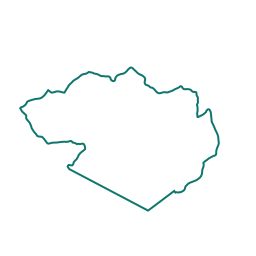 Liure, El Paraíso, Honduras (orthographic projection), rotated 231°
{"feature_id": "27666195B78599057689965", "entity_name": "Liure", "entity_type": "district", "adm_level": 2, "iso_a3": "HND", "parent_name": "Honduras", "parent_adm1": "El Paraíso", "projection": "orthographic", "projection_center": [-87.049, 13.55], "detail": "fine", "context": "isolated", "style": "outline", "palette": "teal", "viewbox_px": 256, "rotation_deg": 231, "n_neighbors": 0, "source": "geoboundaries", "source_scale": "gbopen_adm2", "svg_char_len": 5839}
<svg xmlns="http://www.w3.org/2000/svg" viewBox="0 0 256 256"><g transform="rotate(231 128 128)"><path d="M179.7,145.7L180.1,145.5L180.5,145.2L180.9,144.7L182.1,143.1L183.3,142.0L183.9,141.4L184.7,140.4L185.5,139.7L186.0,139.4L187.1,139.0L188.3,138.5L189.4,137.8L190.3,137.2L190.9,136.6L191.4,136.1L192.0,135.8L193.0,135.4L193.6,135.0L195.2,133.6L196.0,133.0L196.2,132.8L196.3,131.0L196.4,130.5L196.5,129.9L196.9,129.1L197.5,128.1L197.9,127.2L198.3,126.1L198.5,125.4L198.5,124.8L198.5,124.0L198.4,122.3L198.4,121.0L199.1,115.4L198.7,112.6L198.6,110.6L198.4,109.2L198.3,108.6L198.1,108.1L197.5,106.7L197.1,105.2L196.9,104.6L196.1,102.5L195.6,101.3L195.5,101.1L195.5,100.9L195.7,100.6L196.2,100.1L199.5,97.7L200.5,96.6L201.1,95.9L201.4,95.5L201.6,95.1L202.1,93.7L202.8,92.1L203.3,91.3L203.6,90.9L203.9,90.7L205.4,90.3L207.6,89.8L207.3,88.6L206.4,85.2L206.0,83.4L205.9,81.9L205.9,81.1L205.9,80.3L206.0,79.7L206.2,79.0L206.4,78.2L206.7,77.6L207.1,77.0L208.7,74.5L209.3,73.3L210.7,70.0L211.0,69.3L211.1,68.7L211.4,68.3L211.8,66.6L211.8,66.1L211.6,65.7L211.2,64.9L211.0,64.2L210.7,63.5L210.6,62.9L210.6,60.8L210.6,60.2L210.8,59.7L211.1,58.5L211.4,57.7L211.2,56.7L209.2,56.4L207.8,56.1L207.4,56.1L205.9,56.3L202.7,56.8L202.2,56.8L201.8,56.7L201.6,56.6L200.0,55.3L199.6,55.0L199.3,54.9L197.6,54.8L195.5,54.9L194.4,54.9L192.8,54.6L191.4,54.2L190.4,53.9L188.9,53.2L188.2,53.0L184.5,52.6L182.7,52.6L180.5,52.7L179.4,52.5L179.0,52.5L178.7,52.6L178.4,52.7L178.0,53.0L177.5,53.4L175.5,55.4L175.4,55.5L175.2,55.6L173.8,55.8L171.8,55.9L170.6,55.8L168.6,55.7L167.6,55.7L167.0,55.7L166.6,55.9L166.3,56.0L166.1,56.2L165.8,56.5L165.1,57.9L164.4,59.5L164.2,59.9L162.8,61.8L161.2,64.0L159.4,67.0L158.0,69.1L157.4,69.9L156.4,70.9L155.9,71.5L154.8,73.5L154.1,75.0L153.8,75.5L153.6,75.6L153.4,75.7L152.8,75.9L152.5,75.9L152.0,75.8L151.6,75.8L151.3,76.1L150.8,76.6L150.3,76.9L148.8,77.7L147.6,78.2L147.4,78.4L147.2,79.0L146.9,79.5L146.5,79.9L145.8,80.4L145.6,80.7L145.4,81.0L145.0,82.0L144.6,82.5L144.3,82.9L144.1,83.2L143.8,83.3L143.6,83.4L143.1,83.4L142.6,83.4L142.0,83.3L141.4,83.1L140.8,82.8L140.0,82.4L139.4,82.0L138.7,81.5L138.6,81.2L138.5,80.7L138.5,79.2L138.6,76.2L138.5,75.5L138.5,74.9L138.1,73.5L138.0,72.6L137.9,72.2L137.4,71.6L137.1,70.9L136.6,69.8L136.2,68.8L136.1,68.2L136.0,66.7L135.8,65.6L135.7,64.8L135.6,64.3L135.4,64.0L134.9,63.5L134.6,63.0L134.2,62.3L134.1,61.7L134.1,61.4L134.1,61.1L134.3,60.9L134.6,60.5L135.2,59.8L136.0,59.3L136.3,59.0L136.5,58.7L136.5,58.3L136.5,58.0L136.5,57.7L136.4,57.4L136.2,57.1L135.9,56.9L135.4,56.7L133.0,56.5L51.2,91.6L50.0,124.3L48.1,124.2L48.1,124.5L47.9,124.8L47.2,125.6L46.4,126.4L46.0,126.8L45.6,127.6L45.2,128.3L44.9,128.8L44.8,129.3L44.6,130.0L44.5,130.7L44.4,131.6L44.4,132.2L44.5,132.8L44.7,133.4L45.0,134.0L45.3,134.4L46.0,135.2L46.2,135.7L46.4,136.2L46.5,136.6L46.6,138.1L46.8,139.4L46.8,140.0L46.7,140.6L46.5,141.7L44.8,146.9L44.5,148.0L44.3,149.2L44.2,150.9L44.2,152.2L44.3,153.2L44.5,154.0L44.8,154.7L45.4,155.9L46.0,156.8L46.5,157.3L47.4,158.2L47.8,158.6L48.3,158.9L48.5,159.1L49.1,160.0L50.2,162.0L50.9,162.8L51.5,163.4L52.0,163.8L52.4,164.1L52.9,164.3L53.2,164.4L53.4,164.7L53.6,165.0L53.6,165.6L53.7,166.4L53.5,169.2L53.5,171.7L53.3,172.9L52.6,176.4L52.3,177.4L52.0,178.0L51.9,178.4L51.9,178.8L51.9,179.1L51.9,179.4L52.0,179.7L52.3,180.0L52.6,180.4L54.6,182.2L55.0,182.6L56.2,184.4L58.3,188.1L58.7,188.6L59.0,188.9L59.3,189.2L60.1,189.7L62.4,191.2L63.8,192.2L64.7,192.7L65.6,193.1L66.9,193.6L68.5,194.0L69.9,194.4L71.7,194.7L72.2,194.8L73.1,195.2L73.8,195.4L75.9,196.0L79.0,196.7L80.2,197.0L80.5,197.2L81.1,197.6L85.6,200.6L87.5,201.8L88.5,202.3L89.4,202.6L90.4,202.8L90.9,202.8L91.4,202.7L91.8,202.4L92.1,202.1L92.2,201.7L92.2,201.0L92.1,200.1L91.9,199.6L91.5,198.9L91.3,198.4L91.2,196.7L91.2,195.0L91.3,194.1L92.3,189.8L92.4,189.4L92.6,189.1L92.9,189.0L93.1,189.1L93.7,189.5L95.5,190.7L96.1,191.3L96.7,191.8L97.0,192.2L97.5,192.9L98.7,193.8L100.1,194.9L100.5,195.2L101.2,195.5L102.0,195.9L102.7,196.2L102.8,196.4L103.0,196.9L103.4,197.7L103.6,198.2L103.9,198.5L104.4,198.9L105.2,199.4L106.1,200.1L106.8,200.7L107.5,201.4L107.8,201.5L108.8,201.6L110.1,201.9L111.2,202.5L112.0,203.1L112.4,203.3L112.7,203.5L113.0,203.4L113.6,203.0L114.3,202.4L114.4,202.0L114.7,201.7L115.1,201.4L115.5,201.1L115.9,201.0L116.2,200.9L117.3,200.9L118.3,200.7L118.6,200.6L119.0,200.3L119.8,199.7L120.7,198.8L121.1,198.4L121.6,197.6L122.2,196.8L122.7,196.2L123.0,195.9L123.7,195.7L124.9,195.6L125.4,195.7L126.1,195.8L126.5,195.8L126.9,195.6L127.2,195.4L127.4,195.0L127.5,194.6L127.5,194.2L127.4,193.6L127.5,193.2L127.8,191.8L128.7,188.3L128.9,186.9L129.1,185.8L129.3,185.1L130.0,183.4L130.6,181.5L130.9,181.0L131.6,180.1L132.1,179.6L132.7,179.1L133.0,178.8L133.9,177.1L134.5,175.6L134.9,174.7L135.2,174.4L135.5,174.0L136.1,173.6L136.8,173.2L138.0,172.9L139.3,172.8L141.6,172.8L142.4,172.6L143.6,172.4L143.9,172.3L144.1,172.1L144.9,171.4L145.3,171.1L146.0,170.9L146.9,170.8L147.4,170.7L148.9,170.0L150.2,169.2L150.5,169.1L150.8,169.0L151.3,169.0L151.9,169.1L152.4,169.3L152.8,169.5L153.1,169.8L153.4,170.0L153.6,170.3L154.0,170.8L154.3,171.2L154.7,171.7L155.2,172.0L155.7,172.4L156.1,172.5L156.5,172.6L157.1,172.6L157.7,172.6L158.3,172.5L160.1,172.0L160.9,171.6L161.9,171.1L162.3,170.8L163.4,170.4L164.1,170.2L164.7,170.1L171.6,169.2L172.3,169.0L172.8,168.7L173.1,168.4L173.3,167.9L173.5,167.4L173.5,166.7L173.4,164.6L173.2,163.9L173.0,162.8L172.9,162.1L172.9,160.6L173.0,159.6L173.2,158.8L173.4,158.1L173.7,157.6L174.3,156.6L174.6,155.9L175.3,153.8L175.4,153.2L175.5,152.8L175.4,151.6L175.2,150.8L175.1,150.4L174.9,149.9L174.6,149.4L174.4,149.1L173.8,148.6L173.5,148.0L173.3,147.7L173.3,147.4L173.3,147.1L173.3,146.8L173.5,146.5L173.6,146.2L174.2,145.7L174.8,145.4L175.6,145.2L176.1,145.2L176.6,145.2L177.0,145.4L177.7,145.7L178.5,145.9L179.1,145.9L179.7,145.7Z" fill="none" stroke="#0f766e" stroke-width="2"/></g></svg>